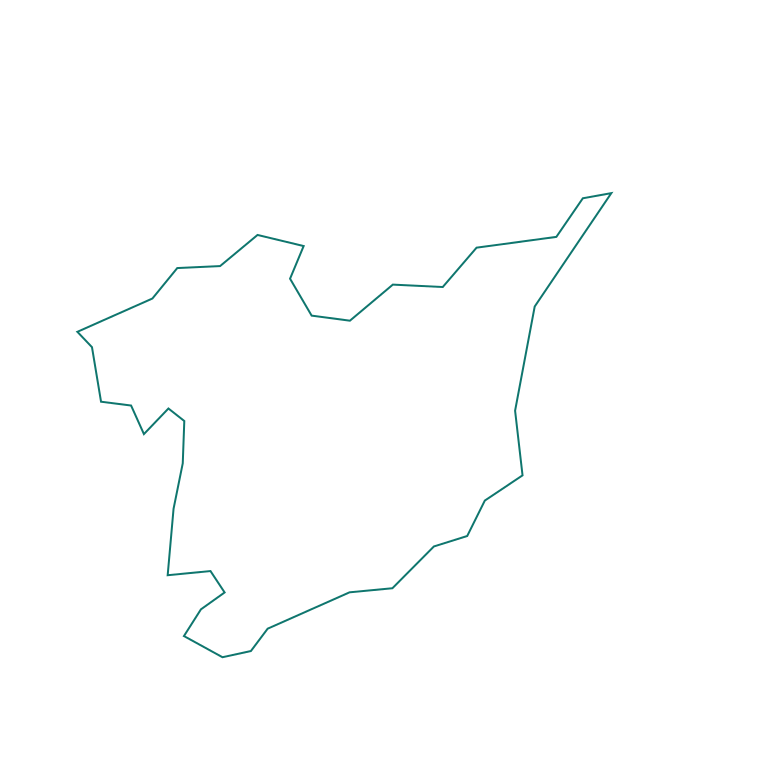 outline of Vabkent, Bukhoro, Uzbekistan, rotated 336°
{"feature_id": "79887680B72546583413926", "entity_name": "Vabkent", "entity_type": "district", "adm_level": 2, "iso_a3": "UZB", "parent_name": "Uzbekistan", "parent_adm1": "Bukhoro", "projection": "robinson", "projection_center": [64.502, 39.936], "detail": "fine", "context": "isolated", "style": "outline", "palette": "teal", "viewbox_px": 768, "rotation_deg": 336, "n_neighbors": 0, "source": "geoboundaries", "source_scale": "gbopen_adm2", "svg_char_len": 657}
<svg xmlns="http://www.w3.org/2000/svg" viewBox="0 0 768 768"><g transform="rotate(336 384 384)"><path d="M473.4,523.8L492.9,461.7L553.2,374.5L621.3,332.0L669.3,302.1L641.2,295.2L601.3,319.7L524.0,297.1L477.1,319.3L432.5,296.8L378.6,312.3L345.7,292.1L341.0,249.6L366.7,225.3L329.1,196.4L282.2,209.6L242.3,194.0L207.2,211.7L125.1,211.6L132.2,231.6L118.3,285.1L144.2,300.8L144.3,332.1L177.1,318.7L186.5,336.6L167.9,374.6L141.0,412.4L108.6,470.7L149.4,484.3L153.6,509.6L125.1,515.4L98.7,532.9L125.3,567.9L153.8,573.8L178.2,560.2L267.8,560.3L308.6,574.0L363.5,552.7L398.2,556.7L428.7,531.5L473.4,523.8Z" fill="none" stroke="#0f766e" stroke-width="2"/></g></svg>